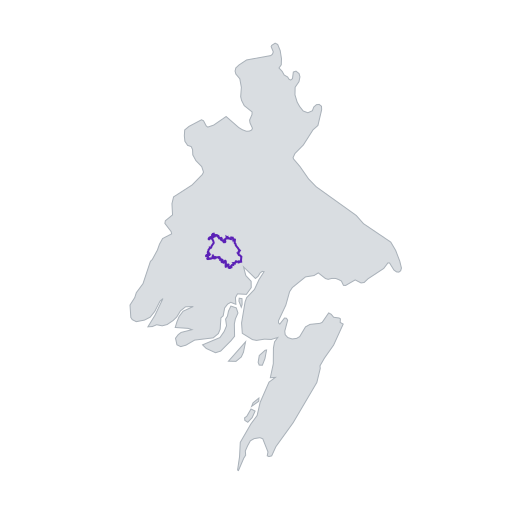 Faridpur, Dhaka, Bangladesh shown in context, rotated 37°
{"feature_id": "16705992B67131385183639", "entity_name": "Faridpur", "entity_type": "district", "adm_level": 2, "iso_a3": "BGD", "parent_name": "Bangladesh", "parent_adm1": "Dhaka", "projection": "mercator", "projection_center": [89.785, 23.466], "detail": "fine", "context": "in_parent", "style": "outline", "palette": "violet", "viewbox_px": 512, "rotation_deg": 37, "n_neighbors": 0, "source": "geoboundaries", "source_scale": "gbopen_adm2", "svg_char_len": 9050}
<svg xmlns="http://www.w3.org/2000/svg" viewBox="0 0 512 512"><g transform="rotate(37 256 256)"><path d="M182.5,357.3L182.4,346.1L174.9,323.8L175.3,321.3L173.7,310.6L171.8,304.6L170.9,298.2L175.3,289.1L173.6,287.6L163.6,284.8L162.4,282.4L164.6,273.4L157.4,264.8L154.6,258.4L162.2,237.8L164.1,223.3L163.6,220.6L158.9,217.3L150.6,216.0L144.7,213.3L141.3,209.2L138.4,207.6L134.8,208.8L130.2,207.2L126.4,203.1L123.2,198.2L124.5,192.8L130.5,180.0L132.7,179.6L138.0,182.1L139.9,182.1L143.4,177.0L148.2,162.6L164.9,163.8L169.0,163.4L173.2,162.2L175.4,160.4L176.7,158.1L176.3,156.1L171.1,153.3L169.1,151.3L167.7,145.5L166.2,143.3L156.1,143.0L150.8,140.4L147.9,138.0L142.8,130.1L136.4,124.2L130.4,122.8L128.0,120.9L126.7,117.9L127.5,113.5L130.5,105.1L147.2,87.0L147.7,85.0L147.0,82.6L142.1,79.7L141.8,78.3L143.2,74.5L146.0,74.0L151.7,77.4L157.6,83.1L161.1,88.1L161.2,92.0L165.8,92.8L169.6,94.5L173.5,94.0L176.1,95.0L177.8,94.6L178.4,92.4L175.1,86.6L176.7,84.3L180.6,84.4L183.3,86.5L185.4,90.9L185.7,97.7L190.2,103.9L196.2,108.3L200.8,110.3L206.4,111.8L211.2,110.4L213.6,106.1L212.5,102.2L213.2,98.8L215.2,96.9L218.2,97.0L220.4,99.7L226.9,114.5L225.6,121.0L227.0,138.9L225.4,150.6L226.4,155.1L227.5,155.9L237.3,158.1L251.6,162.8L262.4,164.5L311.7,163.3L322.4,165.5L355.3,163.8L364.2,167.5L373.9,173.6L379.4,178.1L380.4,180.7L379.8,182.9L377.9,184.1L374.6,184.2L366.9,181.2L365.5,182.1L365.5,189.1L359.2,206.7L358.3,212.1L356.1,214.3L349.6,215.4L345.3,225.6L343.5,226.8L339.3,224.6L336.6,225.0L333.3,225.9L330.0,228.3L327.7,231.2L325.1,232.2L315.9,232.0L314.1,236.7L308.1,242.9L304.0,259.3L304.3,264.3L309.4,277.3L312.9,294.2L314.3,295.9L316.0,296.1L316.1,288.4L317.8,287.4L319.9,288.2L324.2,298.7L326.7,301.3L330.5,302.0L334.8,300.5L338.0,297.4L339.4,294.1L338.2,282.8L340.3,278.1L347.7,271.2L348.8,269.1L348.3,257.7L351.2,257.3L354.9,258.2L359.7,255.5L361.2,255.4L363.2,258.4L366.6,257.9L371.6,280.5L372.1,296.4L373.2,305.2L375.0,307.2L380.7,320.4L386.0,366.9L386.6,396.2L388.8,406.2L387.0,408.4L385.2,408.8L383.5,405.3L371.4,397.9L368.5,398.7L364.4,403.0L362.7,407.0L363.5,412.6L364.8,418.1L367.6,421.3L367.9,424.8L371.1,437.9L370.1,438.0L363.6,426.1L355.6,414.3L353.0,393.2L352.9,382.7L347.4,370.4L342.3,348.9L344.5,341.3L340.7,344.6L334.7,331.7L325.3,319.0L322.5,313.4L322.4,308.0L318.4,313.5L312.8,317.3L307.2,323.1L303.5,324.9L291.6,326.0L284.8,318.2L274.9,299.2L273.6,294.9L274.9,283.6L272.6,273.0L271.9,263.7L270.2,264.5L269.5,267.1L269.9,271.0L269.1,274.3L252.6,272.2L259.7,277.8L267.3,279.1L271.2,284.1L271.4,292.4L264.0,297.4L264.6,301.6L269.0,306.7L263.7,308.2L262.3,311.5L262.2,316.3L265.8,323.6L265.2,326.5L271.4,336.0L272.6,340.6L271.1,347.1L257.6,360.1L253.7,369.4L250.4,373.7L246.3,374.5L241.2,370.1L241.2,365.6L242.2,362.1L249.2,353.4L245.4,354.6L234.5,361.7L232.4,355.9L231.0,350.5L231.0,344.0L236.3,334.1L230.3,339.0L228.7,345.2L229.4,352.4L228.6,357.5L226.3,364.2L223.1,368.2L218.0,370.7L215.7,374.7L212.3,377.6L211.0,364.2L207.3,346.0L206.5,349.9L208.5,361.2L208.3,368.5L205.5,374.3L199.9,380.5L195.5,381.3L193.0,380.4L184.9,371.0L184.2,362.2L182.5,357.3ZM281.9,357.6L271.9,359.8L266.8,359.1L276.3,342.8L276.0,335.4L274.5,329.5L269.7,324.7L269.4,321.2L267.2,316.6L266.1,311.1L271.5,309.3L275.9,312.4L277.4,318.7L279.6,323.3L287.2,333.0L287.0,338.8L285.0,353.2L281.9,357.6ZM303.4,352.2L297.3,356.6L299.3,330.8L303.9,340.4L305.0,345.5L303.4,352.2ZM326.8,339.4L324.2,341.2L321.7,339.6L318.5,333.5L320.0,325.8L321.0,324.7L324.9,332.6L326.8,339.4ZM349.5,393.7L346.0,394.0L344.3,392.1L345.1,389.6L344.1,381.2L348.6,380.4L350.2,387.4L349.5,393.7ZM345.6,370.4L343.0,378.7L342.0,375.0L343.8,367.7L345.6,370.4ZM274.1,303.1L275.1,305.8L269.5,302.3L268.0,299.8L270.5,298.5L274.1,303.1Z" fill="#d9dde1" stroke="#a8b0b8" stroke-width="1"/><path d="M237.6,260.9L236.8,260.5L235.7,260.3L233.6,259.7L233.2,259.5L233.0,259.2L232.6,258.8L232.0,258.6L231.2,258.5L230.7,257.8L229.3,255.6L228.6,255.9L228.1,256.0L228.2,256.3L228.2,256.5L228.3,256.6L228.3,256.8L227.9,256.4L227.9,256.2L227.6,256.2L226.7,255.9L226.4,255.4L225.3,256.0L225.1,256.1L225.2,256.3L225.1,257.4L225.1,257.5L225.3,257.6L225.0,257.7L225.0,257.9L224.7,257.9L224.1,258.1L223.5,258.0L223.3,258.2L223.1,258.2L223.0,258.4L223.0,258.9L222.6,258.9L222.1,258.9L221.8,258.4L221.7,258.2L221.5,258.5L221.1,258.5L221.5,258.9L221.4,259.0L221.6,259.6L221.5,260.2L221.6,260.4L221.6,260.6L221.6,260.8L221.3,261.2L221.5,261.3L221.5,261.7L221.5,261.9L221.9,262.2L222.6,262.7L222.9,263.0L223.0,263.3L222.9,263.6L222.2,263.8L222.3,263.9L222.2,264.2L221.7,264.3L221.4,264.2L221.0,263.9L220.9,263.6L220.9,263.4L220.5,263.3L220.5,263.6L220.6,263.8L220.3,263.7L219.9,263.9L219.7,263.7L219.3,263.8L218.9,264.0L218.5,264.1L218.3,264.1L218.2,264.0L218.1,263.8L218.3,263.4L218.1,263.2L218.0,262.6L217.9,262.6L217.3,262.5L217.2,262.5L217.0,262.8L216.9,263.1L216.7,263.7L216.5,263.8L216.5,263.7L216.4,263.8L216.2,263.7L216.1,263.8L215.9,263.7L215.9,263.8L215.7,263.8L215.6,263.6L215.4,263.6L215.4,263.8L215.2,263.8L215.0,263.7L214.7,263.6L214.6,263.4L214.4,263.4L214.2,263.0L214.1,262.7L213.9,262.6L213.7,262.8L214.0,263.1L214.0,263.3L213.8,263.4L213.5,263.5L213.3,263.5L212.8,263.2L212.5,262.8L212.0,262.9L211.9,263.0L212.0,263.1L212.0,263.4L211.9,263.5L211.5,263.6L211.1,263.7L211.0,263.9L211.1,264.2L210.7,264.6L210.8,264.8L210.7,264.8L210.8,264.9L210.9,265.0L211.2,264.9L211.3,264.9L211.3,265.2L211.0,265.6L210.8,265.6L210.7,265.1L210.4,264.9L210.3,265.0L210.0,264.9L209.9,264.6L209.7,264.4L209.5,264.2L209.5,263.9L209.1,263.9L208.8,263.7L208.6,264.1L208.2,264.4L208.3,264.9L208.2,265.5L208.3,265.8L208.7,266.1L209.6,266.2L210.3,266.9L210.5,267.1L210.4,267.4L210.2,267.6L209.6,267.5L209.4,267.5L208.7,267.8L208.3,268.2L207.9,269.0L207.7,269.4L207.7,270.5L208.0,270.9L208.1,271.0L208.3,270.9L208.5,270.9L208.8,269.8L208.8,269.1L208.9,268.8L209.4,268.6L209.8,268.6L210.9,268.9L212.5,269.5L214.1,270.7L214.4,271.2L214.5,271.7L214.4,272.5L214.5,273.5L214.5,274.4L214.6,274.9L215.0,275.9L215.1,276.5L214.9,276.8L214.4,276.8L214.0,277.0L214.5,277.6L214.5,278.3L214.3,279.0L214.3,279.5L214.5,279.8L214.6,280.0L215.0,280.9L215.4,281.4L215.8,281.7L216.7,282.0L216.4,282.1L216.0,282.1L215.7,281.9L215.3,281.5L215.1,281.7L215.2,281.9L215.4,282.3L215.9,282.6L216.7,282.6L217.3,282.7L217.9,283.0L218.1,283.3L217.9,283.4L217.4,283.4L216.9,283.6L216.2,284.4L215.9,285.2L216.0,285.9L216.1,286.1L216.3,286.2L216.5,286.2L216.8,286.1L217.2,285.7L217.8,285.5L217.7,285.3L217.8,285.3L218.1,285.5L218.3,285.6L219.1,286.7L219.2,287.0L218.9,287.5L219.1,287.6L219.7,287.2L220.2,286.5L220.7,286.2L220.8,286.1L220.7,285.7L221.4,285.4L221.6,285.3L221.7,285.0L221.6,284.8L221.6,284.7L222.2,284.4L222.4,283.8L222.8,283.5L222.4,282.9L221.9,282.6L221.7,282.5L221.8,282.3L221.7,282.1L221.9,282.1L221.5,281.8L221.5,281.7L222.1,282.0L222.3,282.2L222.2,282.3L222.2,282.5L222.4,282.6L222.6,282.5L222.7,282.3L222.5,282.2L222.6,281.9L222.8,281.9L222.9,282.1L223.0,282.3L223.2,282.5L223.6,282.6L223.5,282.3L223.6,282.2L223.7,282.3L223.8,282.2L223.7,282.1L223.8,282.1L223.7,282.0L223.8,282.0L223.9,281.8L224.2,281.8L224.3,282.0L224.4,281.7L224.5,281.6L224.5,281.8L224.6,281.7L224.5,281.4L224.4,281.4L224.4,281.2L224.9,281.1L225.0,281.1L225.3,281.2L225.6,280.8L225.9,280.3L226.5,279.9L227.0,279.1L227.3,279.0L227.5,279.6L227.9,280.0L228.1,279.9L228.3,279.6L228.5,279.4L229.0,279.4L229.2,279.5L229.3,279.7L229.3,280.1L229.7,280.6L229.8,280.5L229.9,280.1L230.4,279.7L231.2,279.3L231.6,279.3L231.8,279.6L232.2,279.7L232.3,279.8L232.3,280.0L232.0,280.3L231.8,280.7L231.7,281.0L232.1,281.4L232.5,281.4L232.8,281.3L232.8,280.9L233.1,280.6L234.0,280.6L234.3,280.7L234.5,280.3L234.9,280.1L235.0,279.7L234.7,279.4L234.5,279.2L234.4,279.5L234.2,279.5L234.1,279.3L234.1,278.7L234.2,278.3L234.4,278.2L234.5,278.2L234.7,278.5L235.6,278.9L235.8,279.3L235.9,279.9L236.0,279.9L236.3,280.1L236.7,280.3L237.2,280.4L237.7,280.6L238.1,280.4L238.2,280.8L237.9,281.2L237.5,281.5L237.3,281.7L237.9,282.2L238.2,282.8L238.4,282.8L238.5,282.6L238.6,282.2L238.6,281.7L238.8,281.3L239.0,281.0L238.9,280.9L239.0,279.9L238.9,279.6L239.1,279.4L239.4,279.5L239.5,279.7L239.5,279.8L239.7,280.1L240.0,280.3L240.7,281.0L241.0,281.6L241.5,281.4L241.6,281.5L241.7,281.4L241.7,281.5L242.0,281.6L242.5,281.2L242.5,280.6L242.4,280.6L242.4,280.3L242.6,280.2L242.8,280.0L243.0,279.9L242.8,279.6L242.9,279.4L242.5,279.2L242.4,278.9L242.1,279.0L242.1,278.9L242.3,278.1L242.2,277.8L242.5,277.2L242.7,276.9L243.0,276.8L242.9,276.7L242.6,276.5L242.6,276.2L242.7,275.7L243.6,275.0L243.5,274.9L243.0,274.8L242.8,274.9L242.5,274.9L243.0,274.4L243.1,274.2L243.5,273.7L243.4,273.5L243.5,273.3L243.4,273.3L243.3,273.1L243.2,272.7L243.3,272.7L243.4,272.3L243.5,272.1L244.2,272.0L244.9,271.6L245.3,270.9L245.9,271.5L246.0,271.6L246.4,271.1L246.6,270.0L247.0,270.1L247.6,269.5L246.5,268.3L245.6,266.8L245.0,266.0L244.9,265.5L244.6,265.3L243.7,265.3L243.0,265.1L242.3,265.3L242.0,265.5L241.6,265.5L241.4,265.3L240.4,264.9L239.8,264.7L240.3,264.1L239.6,263.4L239.5,263.2L239.4,262.5L239.9,262.3L239.8,262.0L239.6,261.7L239.7,261.3L238.9,261.2L237.6,260.9Z" fill="none" stroke="#5b21b6" stroke-width="2"/></g></svg>